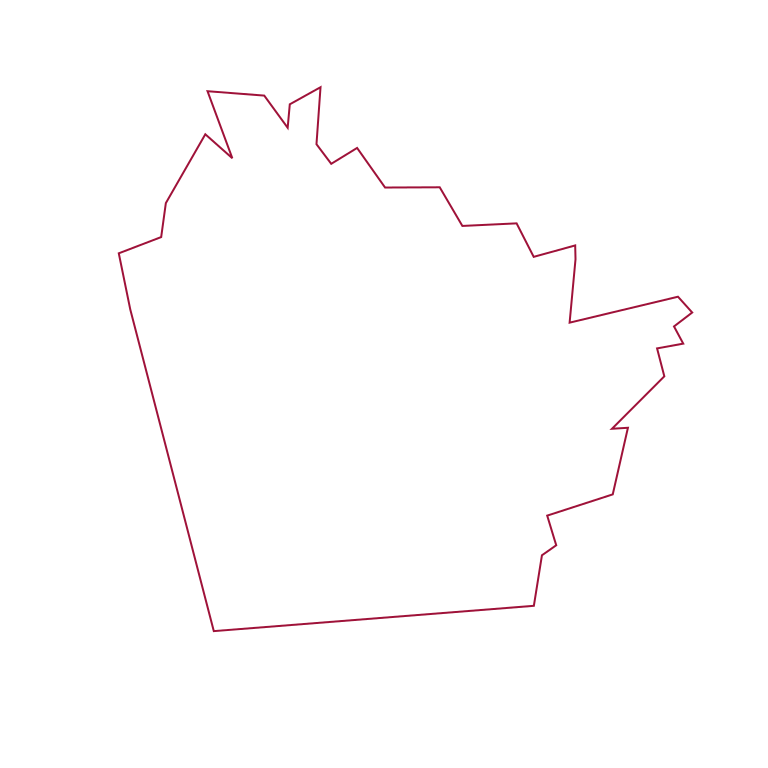 the district of Clark, Kentucky, United States of America, rotated 192°
{"feature_id": "52423323B29172406843772", "entity_name": "Clark", "entity_type": "district", "adm_level": 2, "iso_a3": "USA", "parent_name": "United States of America", "parent_adm1": "Kentucky", "projection": "albers", "projection_center": [-84.177, 37.969], "detail": "fine", "context": "isolated", "style": "outline", "palette": "rose", "viewbox_px": 768, "rotation_deg": 192, "n_neighbors": 0, "source": "geoboundaries", "source_scale": "gbopen_adm2", "svg_char_len": 620}
<svg xmlns="http://www.w3.org/2000/svg" viewBox="0 0 768 768"><g transform="rotate(192 384 384)"><path d="M617.5,633.7L579.3,573.3L610.7,591.1L635.0,515.6L632.5,481.4L670.6,456.7L647.7,404.2L499.1,106.9L191.3,198.2L193.9,249.3L182.0,262.1L185.2,267.8L197.0,289.2L137.3,323.6L136.3,391.9L151.7,387.6L111.4,449.8L124.3,475.6L99.7,485.7L112.3,500.6L97.4,518.0L114.6,530.5L215.2,482.6L222.6,545.8L225.8,559.3L264.0,539.5L287.7,568.7L340.2,554.9L370.4,588.0L423.8,576.4L459.4,609.3L481.4,588.4L499.9,604.5L507.8,661.1L534.3,638.0L531.5,614.6L561.1,641.2L617.5,633.7Z" fill="none" stroke="#9f1239" stroke-width="2"/></g></svg>